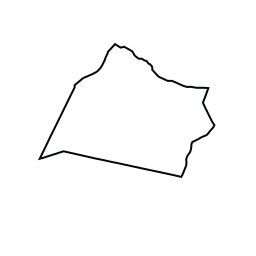 Paraibano, Maranhão, Brazil, rotated 319°
{"feature_id": "56859067B92174328056743", "entity_name": "Paraibano", "entity_type": "district", "adm_level": 2, "iso_a3": "BRA", "parent_name": "Brazil", "parent_adm1": "Maranhão", "projection": "albers", "projection_center": [-43.896, -6.414], "detail": "fine", "context": "isolated", "style": "outline", "palette": "ink", "viewbox_px": 256, "rotation_deg": 319, "n_neighbors": 0, "source": "geoboundaries", "source_scale": "gbopen_adm2", "svg_char_len": 1170}
<svg xmlns="http://www.w3.org/2000/svg" viewBox="0 0 256 256"><g transform="rotate(319 128 128)"><path d="M41.2,93.3L43.9,94.6L64.1,103.3L83.4,129.6L88.7,136.5L93.2,142.6L95.7,145.8L111.8,167.3L125.6,185.6L130.1,191.6L136.1,199.8L138.2,199.1L142.4,197.0L147.1,194.6L148.5,193.4L150.0,191.8L151.2,189.9L154.8,187.9L156.8,187.5L158.8,187.0L161.2,185.6L163.4,183.8L165.4,181.7L167.6,180.8L169.2,181.3L171.8,182.0L174.0,182.6L175.8,182.8L178.9,183.6L180.7,184.3L182.9,184.9L184.9,184.7L187.2,184.2L192.6,183.5L195.1,182.5L195.6,178.6L199.7,162.9L201.2,158.0L207.1,154.9L214.8,150.6L211.7,147.5L206.1,142.6L202.3,138.0L199.6,135.9L197.4,132.5L194.3,125.8L192.1,121.3L188.9,118.5L185.4,110.8L184.7,108.7L184.5,100.1L185.6,98.8L186.5,97.1L186.4,94.4L185.7,92.6L186.0,89.9L184.5,87.2L184.0,84.9L181.6,82.8L181.0,80.2L180.6,77.6L181.5,73.1L180.5,69.9L178.4,64.2L175.2,62.5L173.2,56.2L162.8,57.4L161.2,58.5L158.9,59.4L157.4,60.1L155.4,61.3L150.0,63.6L146.7,64.6L144.9,64.9L141.8,65.1L139.0,64.6L136.2,63.9L126.9,60.9L115.8,60.7L114.5,62.3L109.2,64.5L107.7,65.1L76.2,78.4L71.7,80.3L61.0,84.8L57.6,86.3L55.3,87.3L41.2,93.3Z" fill="none" stroke="#020617" stroke-width="2"/></g></svg>